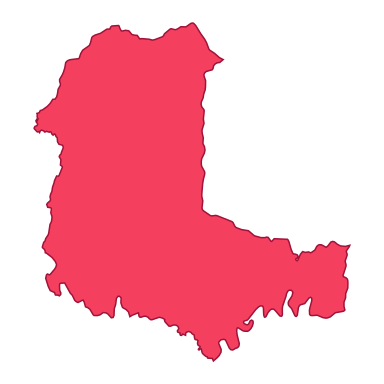 Yen The, Bắc Giang, Vietnam
{"feature_id": "81297802B24165490506756", "entity_name": "Yen The", "entity_type": "district", "adm_level": 2, "iso_a3": "VNM", "parent_name": "Vietnam", "parent_adm1": "Bắc Giang", "projection": "equal_earth", "projection_center": [106.157, 21.524], "detail": "fine", "context": "isolated", "style": "filled", "palette": "rose", "viewbox_px": 384, "rotation_deg": 0, "n_neighbors": 0, "source": "geoboundaries", "source_scale": "gbopen_adm2", "svg_char_len": 5897}
<svg xmlns="http://www.w3.org/2000/svg" viewBox="0 0 384 384"><path d="M50.0,196.9L50.5,199.1L50.3,200.6L47.6,203.0L46.7,204.4L47.7,207.3L50.3,207.7L51.1,208.1L51.4,208.7L50.8,212.9L51.9,216.3L52.0,217.8L51.4,221.7L50.0,224.4L48.8,232.6L48.3,234.6L45.7,238.6L44.9,241.2L43.7,242.3L42.3,247.0L42.6,247.8L44.3,249.3L45.0,250.5L45.3,252.8L46.4,253.1L52.0,257.4L55.3,261.5L56.4,264.1L56.5,264.9L55.8,267.2L54.5,269.3L50.2,274.4L49.5,274.8L47.4,274.0L46.5,274.8L45.7,278.3L48.2,286.3L50.2,290.6L54.5,292.5L55.4,295.0L58.3,295.2L59.2,295.9L60.6,294.7L60.8,294.2L60.8,292.8L59.7,290.4L59.5,285.1L59.8,283.8L60.6,283.2L64.7,283.0L70.3,293.2L72.3,295.3L74.7,300.3L76.2,301.7L78.0,302.5L83.0,300.0L84.1,301.8L85.5,306.8L87.8,307.7L89.9,309.3L93.2,314.8L94.0,315.5L97.2,315.6L99.9,314.9L103.1,312.7L103.7,312.6L106.1,312.9L107.9,314.0L111.3,317.8L113.1,317.5L114.0,315.5L114.3,308.7L115.7,304.3L116.3,299.1L116.6,298.1L118.0,296.3L119.5,296.3L121.1,297.8L120.9,302.9L122.2,306.8L122.7,307.6L126.2,309.6L128.5,312.0L129.9,316.7L132.5,315.1L138.4,312.8L139.0,316.1L139.6,317.0L140.9,317.3L143.8,316.3L145.9,316.2L148.2,317.4L149.1,318.6L150.8,319.7L152.1,319.7L159.2,317.3L162.3,318.0L164.8,319.5L164.5,320.5L165.1,321.9L168.9,326.1L170.6,326.2L173.1,325.1L174.5,325.0L176.3,325.2L178.0,326.5L178.7,328.3L178.4,329.4L177.4,330.7L177.5,331.8L178.0,332.3L180.0,332.9L180.0,334.3L180.5,335.3L181.6,335.4L182.8,334.1L185.6,335.3L185.7,333.5L186.1,332.5L188.3,331.5L190.7,332.1L191.9,333.6L194.1,335.0L194.6,338.3L195.1,339.5L197.3,340.0L197.9,340.5L197.5,343.5L197.9,344.9L198.3,345.4L200.0,346.4L200.2,346.8L199.9,347.5L198.6,348.8L198.4,349.6L199.0,350.0L200.4,348.9L201.2,348.9L202.2,352.9L203.4,354.4L205.6,356.2L207.3,356.9L207.5,357.9L207.9,358.2L212.3,358.4L213.4,361.0L217.4,357.5L219.2,355.5L221.0,352.2L221.2,349.5L218.7,343.4L218.8,342.1L220.8,339.9L223.8,339.3L225.2,339.8L226.0,341.0L229.3,348.1L230.8,349.7L232.8,350.0L235.5,348.4L237.5,347.7L238.2,347.0L238.9,346.1L239.3,343.6L237.2,335.2L236.7,331.5L236.9,328.6L237.5,327.8L238.4,327.9L242.7,330.7L244.4,331.2L247.7,331.3L249.2,330.4L250.9,328.6L252.5,325.8L253.2,323.0L253.1,321.6L252.8,320.8L251.6,320.1L250.1,320.9L248.6,324.1L247.6,324.7L246.2,324.6L244.3,323.6L243.6,322.7L243.6,321.9L244.2,321.0L247.3,320.1L248.5,318.9L255.8,309.5L258.8,306.7L260.6,305.9L261.7,305.9L262.8,306.3L263.4,308.1L263.7,314.8L264.3,316.9L264.9,317.3L266.1,316.4L268.1,312.4L270.3,309.9L271.6,309.1L273.6,309.1L275.3,310.6L279.8,315.9L281.2,316.3L282.0,315.9L282.4,314.4L282.3,308.7L282.6,306.3L286.0,296.3L286.6,293.5L287.9,291.1L288.8,290.4L290.0,290.1L291.4,290.4L292.5,291.5L292.8,292.7L292.0,296.0L288.6,301.3L288.2,302.7L288.4,304.7L289.0,305.8L291.6,308.6L294.8,315.5L295.7,316.4L296.4,316.4L297.3,315.2L298.5,307.3L299.1,306.1L300.3,304.8L304.7,303.6L309.0,298.0L310.6,297.3L311.5,298.0L311.8,299.0L311.7,301.0L309.7,308.5L309.4,310.5L309.6,314.4L310.5,315.4L312.2,315.6L317.2,315.2L322.9,317.6L325.5,318.1L327.7,317.9L330.4,316.8L335.4,312.7L342.8,311.4L343.8,311.1L344.9,310.0L344.0,306.4L344.0,302.2L345.6,297.8L345.7,293.6L347.8,288.0L347.9,282.4L347.7,280.1L347.2,278.9L345.9,277.7L343.4,276.6L343.0,275.7L346.0,266.2L346.0,264.5L345.1,261.2L347.1,255.3L347.1,254.1L346.4,251.9L346.4,250.9L349.3,246.6L349.8,245.3L345.4,246.4L340.4,245.9L337.4,244.3L334.5,241.9L332.7,241.4L330.9,242.0L327.8,246.0L326.1,247.3L321.5,244.8L319.3,244.7L318.1,245.2L316.7,246.5L314.9,250.0L311.4,252.5L310.3,252.7L308.6,251.9L305.4,252.4L302.6,251.6L300.4,254.3L297.8,260.1L297.2,260.7L296.5,260.6L295.7,259.4L295.9,258.8L297.5,257.8L297.9,256.7L297.8,255.7L297.2,254.8L295.2,254.1L293.3,253.9L292.7,253.0L291.2,249.6L288.9,241.6L288.1,240.0L287.5,239.3L274.2,238.7L271.7,241.4L271.0,241.3L268.2,237.4L266.6,237.1L264.8,237.6L260.9,237.6L254.4,235.8L248.4,230.7L241.6,229.6L236.2,227.6L234.8,226.2L233.0,222.5L232.1,221.7L217.4,215.8L215.7,215.4L211.8,215.9L210.4,215.6L203.6,210.9L202.4,209.6L202.0,207.9L202.8,201.0L201.8,196.4L201.8,194.0L202.7,183.4L203.4,179.2L204.6,174.7L204.8,172.6L204.4,171.3L201.7,166.4L201.3,164.2L201.3,161.2L201.7,158.7L204.3,153.3L205.0,150.1L204.5,146.8L202.9,143.5L203.3,137.9L202.2,133.1L202.0,130.8L202.2,129.3L204.0,123.5L203.4,118.9L204.2,110.8L203.8,109.5L201.7,106.8L201.1,104.1L201.4,101.8L203.1,97.9L203.7,94.2L205.1,90.1L205.5,86.9L205.6,80.6L204.1,76.2L203.9,74.7L204.6,73.0L206.2,71.5L212.2,69.8L213.0,68.7L213.6,65.8L215.0,64.1L216.9,62.9L219.7,62.5L223.2,59.6L219.4,57.6L214.5,53.3L209.8,50.2L208.9,49.1L206.6,42.8L204.6,39.1L200.8,33.8L195.7,25.5L193.7,23.4L192.8,23.0L191.0,23.3L185.9,26.9L180.9,26.7L177.4,29.0L176.0,29.5L175.0,29.7L171.7,28.8L170.3,28.9L164.4,33.8L163.6,35.7L162.3,36.8L154.5,39.7L152.3,40.1L149.1,39.2L141.9,38.6L139.7,38.9L137.3,35.4L134.2,35.1L131.9,34.5L129.1,31.1L128.4,30.7L125.3,30.3L122.1,31.1L121.1,30.6L119.8,28.2L119.1,26.0L118.5,25.5L111.8,26.0L110.6,27.1L109.8,29.1L106.9,29.1L100.5,33.3L95.0,35.1L92.6,36.5L91.8,37.6L90.4,43.0L89.3,45.5L82.7,50.2L80.7,53.6L79.2,58.1L78.8,58.6L70.0,59.7L67.7,60.6L66.5,61.6L65.7,62.6L64.8,67.8L63.5,72.0L62.2,75.0L59.6,79.4L59.6,81.3L60.4,83.9L60.4,85.2L58.1,89.3L57.4,94.1L56.5,97.2L54.9,99.2L52.8,99.3L50.1,103.5L47.2,106.5L42.3,110.0L40.3,110.5L39.1,112.8L36.9,113.4L37.3,114.8L37.1,116.9L38.1,118.9L37.1,120.8L36.6,119.6L35.9,120.8L36.3,122.1L37.5,123.6L37.5,124.7L37.0,125.6L35.0,126.4L34.2,127.8L34.2,128.7L37.1,131.8L37.8,132.0L38.9,131.6L39.6,132.6L40.2,131.0L41.4,130.1L43.8,130.9L44.5,132.0L45.7,131.8L46.4,131.3L49.3,132.2L49.8,131.8L50.9,131.9L52.0,134.2L53.0,135.1L53.5,135.0L54.2,134.0L54.8,134.1L55.5,134.9L56.0,136.6L57.2,137.6L57.5,141.7L57.9,142.5L59.0,144.3L62.4,145.2L63.2,146.7L63.1,148.2L61.4,152.4L61.1,153.9L59.7,155.3L59.2,156.7L60.9,159.7L60.4,165.1L62.2,166.4L62.3,167.3L59.1,175.4L58.4,176.2L56.6,176.0L54.5,180.7L54.0,183.0L52.5,187.3L51.9,191.4L50.6,194.2L50.0,196.9Z" fill="#f43f5e" stroke="#9f1239" stroke-width="1.5"/></svg>